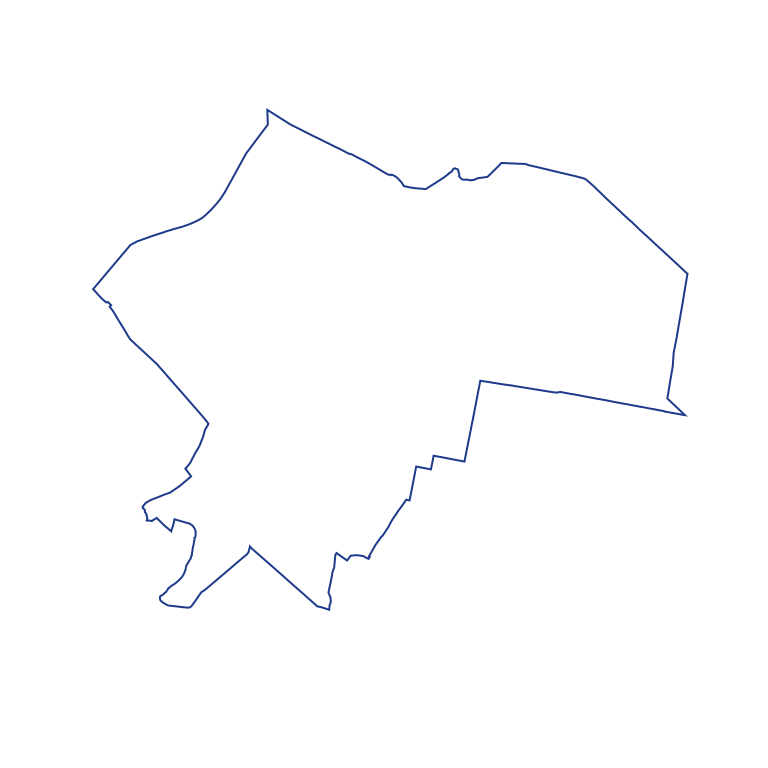 Garliciu, Constanta, Romania, rotated 9°
{"feature_id": "2599482B92428922376661", "entity_name": "Garliciu", "entity_type": "district", "adm_level": 2, "iso_a3": "ROU", "parent_name": "Romania", "parent_adm1": "Constanta", "projection": "natural_earth1", "projection_center": [28.106, 44.755], "detail": "fine", "context": "isolated", "style": "outline", "palette": "blue", "viewbox_px": 768, "rotation_deg": 9, "n_neighbors": 0, "source": "geoboundaries", "source_scale": "gbopen_adm2", "svg_char_len": 5820}
<svg xmlns="http://www.w3.org/2000/svg" viewBox="0 0 768 768"><g transform="rotate(9 384 384)"><path d="M81.9,335.8L86.7,339.7L92.2,344.0L96.8,346.8L97.6,346.7L98.4,346.2L102.2,348.8L101.0,350.6L104.4,353.8L109.1,359.2L109.0,359.3L118.1,369.9L120.9,373.2L123.6,376.5L126.4,379.6L132.4,383.7L141.3,389.6L157.1,400.2L158.0,401.1L158.4,401.4L165.8,407.5L172.2,412.9L186.9,425.1L200.4,436.4L200.5,436.5L209.6,444.1L215.0,448.9L216.6,450.5L216.8,450.7L216.2,452.8L215.9,453.5L215.2,455.3L214.6,456.7L214.3,457.9L214.1,459.4L213.8,462.4L213.5,465.0L212.9,467.3L211.9,472.0L211.7,472.9L211.3,474.3L210.6,476.3L210.0,478.0L209.3,479.5L208.8,480.7L208.1,482.4L207.0,486.0L206.2,488.1L205.9,489.1L205.5,490.8L204.7,492.7L203.7,494.4L202.5,496.5L201.1,498.7L201.3,498.8L207.9,505.4L207.5,505.9L202.7,511.5L200.3,514.3L198.6,516.3L197.6,517.3L189.6,524.8L189.0,525.1L186.1,526.7L185.1,527.2L181.7,529.2L175.0,533.2L173.6,534.0L171.3,535.4L169.3,537.1L168.0,538.0L166.5,539.9L166.4,540.2L165.1,542.4L164.9,544.0L166.2,544.9L167.3,545.7L167.6,546.2L167.7,546.7L167.8,547.9L168.7,548.5L169.4,549.4L170.0,550.4L169.9,550.5L170.6,552.2L171.1,553.5L171.2,555.0L171.0,555.9L171.3,556.1L172.0,555.8L172.7,555.7L174.1,555.6L175.6,555.6L176.2,555.7L176.5,555.2L177.5,554.3L179.2,553.0L180.4,551.8L188.7,557.8L196.9,562.8L197.0,561.1L197.7,557.6L198.1,553.3L198.2,550.4L207.0,551.5L213.0,552.2L214.2,552.4L217.1,553.8L219.3,556.1L221.0,558.8L221.7,563.6L221.4,565.1L220.8,565.7L220.9,566.4L221.2,567.0L221.0,569.9L221.1,571.9L220.8,574.7L220.8,577.3L220.9,580.1L220.8,582.2L221.1,583.2L220.6,584.1L220.2,587.2L219.6,588.3L219.2,589.2L218.8,590.4L218.3,591.3L218.2,592.1L217.5,593.2L217.2,594.5L217.1,595.2L217.0,598.4L217.0,599.2L216.7,599.6L216.5,600.6L216.6,601.2L216.3,602.0L215.0,605.5L214.2,607.0L211.9,610.3L208.8,613.8L205.9,616.4L204.3,618.0L204.0,618.7L203.1,619.4L202.8,619.8L202.2,621.6L201.6,622.6L201.4,623.5L200.8,623.9L200.3,624.4L199.9,625.0L199.6,625.7L198.3,626.9L196.3,628.5L196.0,629.7L196.2,630.7L196.8,632.3L197.3,632.8L198.0,633.3L198.5,633.6L198.8,634.0L201.2,635.0L203.3,635.8L204.4,636.2L204.8,636.4L205.6,636.5L206.6,636.5L212.5,636.2L220.5,635.9L224.8,635.6L225.7,635.5L226.7,635.2L227.8,634.4L228.6,633.5L229.8,631.3L234.0,622.7L235.8,618.9L236.5,617.8L237.7,616.9L238.6,616.0L240.7,613.8L247.3,606.2L267.5,582.6L270.8,578.8L274.1,575.0L275.1,573.9L275.7,572.9L276.2,572.1L276.5,571.2L276.6,570.1L276.8,568.4L277.0,565.4L277.5,565.8L277.5,566.1L286.6,571.9L299.5,580.0L307.2,584.9L310.4,586.9L327.9,598.1L331.2,600.2L337.6,604.2L341.9,607.0L344.3,608.5L352.8,613.9L352.8,614.0L354.3,614.1L356.0,614.2L356.7,614.2L357.8,614.4L360.5,614.8L365.1,615.6L365.1,614.8L364.9,610.7L365.3,609.3L365.6,607.6L365.3,606.4L364.9,604.4L364.1,602.4L362.5,600.0L361.8,598.7L361.8,598.2L361.9,596.0L362.6,582.0L362.5,578.4L362.8,576.7L363.1,575.0L363.5,573.3L362.7,560.6L363.6,558.4L375.1,564.1L378.0,558.8L383.9,557.3L390.7,557.2L393.1,558.3L395.2,558.9L395.3,558.8L396.1,559.1L397.0,556.9L396.1,556.6L400.5,545.1L400.8,544.2L404.9,535.9L406.5,533.8L408.7,528.9L410.9,524.1L412.6,518.8L414.1,515.2L416.1,511.2L417.9,507.1L420.6,502.0L422.9,497.3L424.1,494.8L427.5,494.9L428.1,478.6L428.7,460.5L443.7,461.0L444.1,451.7L444.2,447.1L444.4,447.1L448.1,447.2L453.5,447.3L459.0,447.5L467.7,447.8L475.6,448.0L475.7,445.9L475.8,442.5L476.0,437.2L476.7,420.0L477.1,408.8L477.1,408.6L477.3,405.6L477.3,405.3L477.4,404.3L477.3,404.2L478.6,365.7L492.1,365.7L500.4,365.7L509.8,365.6L509.9,365.4L513.8,365.6L525.3,365.6L552.5,365.7L556.5,365.4L557.6,364.9L559.2,364.3L560.8,364.3L570.4,364.6L572.2,364.5L595.0,365.2L604.6,365.3L613.5,365.7L622.6,365.9L664.9,367.0L665.3,367.3L675.6,367.5L684.7,367.7L686.1,367.7L676.1,360.8L666.1,354.0L666.2,348.1L666.2,338.5L666.4,321.3L665.2,307.7L665.8,292.9L665.9,281.9L666.1,268.3L666.3,255.0L666.3,249.2L666.3,247.9L666.5,228.5L666.5,227.7L666.4,227.7L655.9,220.5L647.6,215.0L643.2,212.0L630.9,203.9L619.8,196.4L619.7,196.2L618.9,195.9L618.4,195.6L610.1,190.0L609.3,189.3L605.4,186.7L604.7,186.1L603.7,185.4L603.0,184.9L602.2,184.5L600.8,183.7L593.6,178.9L592.3,178.0L590.4,176.7L584.4,172.6L576.2,167.1L565.8,159.8L559.2,155.2L554.8,152.4L551.2,150.2L549.9,149.8L546.6,149.4L541.7,148.9L539.4,148.7L536.3,148.5L533.5,148.3L501.3,145.8L493.5,145.3L491.8,145.1L491.5,144.9L488.4,144.6L482.3,145.4L475.1,146.2L470.4,146.8L469.7,146.8L466.4,147.2L466.3,147.3L465.4,147.3L465.2,147.5L463.1,150.7L456.4,159.8L454.0,163.0L453.7,163.3L451.3,164.0L447.4,165.2L444.6,166.1L443.7,166.5L443.3,166.7L442.6,167.0L442.2,167.7L439.7,168.8L438.6,168.8L437.8,169.3L435.8,169.2L434.2,169.1L431.6,169.6L430.0,169.8L429.4,169.7L427.0,168.3L425.6,167.0L425.7,166.1L425.5,164.8L425.0,163.9L424.4,162.9L424.0,161.4L423.4,160.6L422.7,160.3L421.2,160.2L420.7,159.9L419.9,160.0L419.2,160.4L418.8,160.7L418.5,161.5L417.7,163.5L415.4,165.7L415.2,165.7L414.1,167.3L411.3,170.2L405.7,175.3L395.3,184.5L394.0,185.2L391.9,185.1L386.9,185.6L380.4,185.8L373.2,185.5L372.3,185.1L370.2,182.5L366.1,179.2L363.7,177.6L360.1,176.2L358.5,176.6L358.1,176.1L357.7,176.2L356.5,176.6L355.3,176.5L348.9,174.1L345.8,172.8L341.7,171.2L339.0,170.1L334.3,168.3L329.8,166.7L323.3,164.7L316.1,162.2L314.8,161.9L313.7,162.2L303.8,158.8L299.4,157.6L292.5,155.4L286.0,153.4L281.1,151.8L274.9,150.0L268.1,147.8L262.9,146.1L256.3,144.0L250.9,142.3L225.9,131.5L226.1,132.9L227.4,139.4L228.7,145.9L211.7,178.0L199.0,213.4L198.5,214.7L197.0,218.7L196.7,219.7L193.5,226.7L190.7,231.7L188.9,234.5L186.7,237.9L182.0,244.3L178.5,248.4L174.6,251.5L172.3,253.1L172.1,253.4L171.5,253.7L166.9,256.6L159.5,260.6L159.1,260.7L153.2,263.4L152.8,263.6L152.7,263.6L143.7,268.0L142.6,268.7L139.8,270.0L132.1,274.0L127.2,276.7L123.1,278.9L119.4,281.0L118.1,281.6L117.2,282.3L112.8,285.6L111.7,286.5L86.9,327.5L81.9,335.8Z" fill="none" stroke="#1e3a8a" stroke-width="2"/></g></svg>